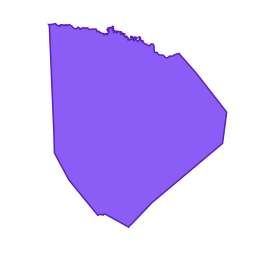 Lunga, Luapula, Zambia (Albers equal-area conic projection), rotated 100°
{"feature_id": "96606910B4218134786212", "entity_name": "Lunga", "entity_type": "district", "adm_level": 2, "iso_a3": "ZMB", "parent_name": "Zambia", "parent_adm1": "Luapula", "projection": "albers", "projection_center": [29.85, -11.571], "detail": "fine", "context": "isolated", "style": "filled", "palette": "violet", "viewbox_px": 256, "rotation_deg": 100, "n_neighbors": 0, "source": "geoboundaries", "source_scale": "gbopen_adm2", "svg_char_len": 5232}
<svg xmlns="http://www.w3.org/2000/svg" viewBox="0 0 256 256"><g transform="rotate(100 128 128)"><path d="M48.0,95.2L49.3,96.5L49.5,96.8L49.8,97.9L50.0,99.7L51.4,100.7L51.9,101.4L52.2,102.4L51.9,103.5L51.3,104.5L50.4,105.5L50.2,107.5L50.7,109.4L50.2,110.8L49.6,111.5L48.5,112.6L48.6,113.5L49.1,114.1L48.9,114.8L47.9,115.4L44.9,116.2L43.6,116.4L42.6,116.8L41.8,117.1L41.1,117.9L41.0,118.4L41.0,119.2L41.6,120.0L42.0,120.3L42.5,120.6L42.9,120.8L43.2,122.3L42.9,123.6L42.5,124.0L42.3,124.5L42.4,125.2L42.3,125.8L42.1,126.4L41.8,126.8L41.2,127.4L41.0,127.7L40.8,128.1L40.8,129.4L40.5,129.6L40.2,129.5L40.0,128.7L39.8,128.4L39.6,128.4L39.6,128.9L39.6,129.8L39.3,130.4L38.9,130.7L38.6,131.1L38.4,131.3L37.9,131.4L37.6,131.2L37.1,131.3L36.7,131.6L36.4,131.9L36.2,132.3L36.2,132.6L36.3,132.9L36.4,133.1L36.7,133.0L37.4,132.6L38.0,132.4L38.6,132.3L38.9,132.2L39.2,131.9L39.3,131.9L39.5,132.0L39.8,132.7L40.4,132.9L41.0,133.0L40.9,133.3L40.7,133.8L40.1,134.7L39.7,135.2L38.9,135.8L38.6,135.8L38.3,135.6L37.9,134.6L37.7,134.6L37.5,134.9L37.3,135.2L37.2,135.6L37.2,136.4L37.3,137.2L37.4,137.6L37.6,137.8L39.1,138.1L39.2,137.9L39.2,137.5L39.4,137.0L39.6,136.8L40.1,136.8L40.5,136.9L40.8,137.2L40.9,137.5L40.6,137.8L40.0,138.2L39.0,138.5L37.7,139.2L37.5,139.5L37.2,140.1L37.2,140.5L37.2,140.8L37.4,141.0L38.0,141.3L38.5,141.2L38.9,139.8L39.1,139.5L39.3,139.5L39.7,139.9L40.4,140.8L41.0,141.2L41.0,141.5L40.4,142.0L40.4,142.3L40.5,142.5L41.0,142.7L41.3,143.0L41.2,143.4L40.9,143.5L40.2,143.4L39.6,143.4L38.9,144.0L37.8,145.5L37.7,145.8L37.8,146.0L38.2,146.0L38.7,145.9L39.0,145.7L39.3,145.7L39.4,146.0L38.2,147.2L38.1,147.4L38.0,148.0L37.8,148.2L37.1,148.1L36.6,147.8L36.2,147.6L35.9,147.5L35.9,148.0L36.3,148.7L36.5,149.1L36.5,149.3L36.4,149.5L36.1,149.5L35.8,149.5L35.6,149.5L35.7,149.9L36.6,149.9L36.9,150.0L37.0,150.3L36.9,150.9L36.9,151.2L36.7,151.4L36.4,151.5L36.2,151.8L35.7,152.2L35.4,152.0L35.4,151.4L35.3,151.0L35.0,150.9L34.8,151.1L34.6,151.3L34.5,151.6L34.5,151.9L34.5,153.3L34.7,154.6L34.6,155.1L34.7,155.3L35.3,155.4L36.0,155.3L36.3,155.5L36.2,155.7L35.9,156.0L35.5,156.0L34.8,156.2L35.1,156.6L35.5,157.0L35.3,157.4L35.0,157.5L34.9,157.6L35.1,157.7L35.1,157.8L35.6,158.0L36.3,158.4L36.4,158.6L36.3,158.9L36.0,159.0L35.2,159.1L34.9,159.3L34.7,159.3L34.5,159.1L34.5,158.9L34.3,158.7L34.1,159.0L33.9,159.4L33.9,160.1L33.5,160.0L33.0,159.5L32.8,159.4L32.5,159.5L32.2,160.1L32.2,160.4L32.4,160.6L32.7,160.7L32.8,160.8L32.6,161.1L32.2,160.9L31.9,160.6L31.1,160.1L30.8,160.0L30.5,160.4L30.5,160.8L30.9,161.0L31.4,161.1L31.8,161.5L32.0,162.7L32.1,163.1L32.3,163.7L32.5,163.8L32.6,163.7L32.9,163.4L33.2,163.4L33.3,163.9L33.3,164.4L33.3,164.6L33.2,164.7L32.9,164.8L33.0,165.1L33.9,165.2L34.1,165.4L34.3,165.5L34.5,165.7L35.0,165.1L35.1,164.4L35.3,164.2L35.5,164.3L35.5,165.2L35.9,165.1L36.0,164.9L36.1,164.3L36.6,163.8L36.6,163.5L36.7,163.4L37.1,163.6L37.2,163.8L37.5,163.9L38.1,164.0L38.4,164.1L38.6,165.0L38.8,165.1L39.0,165.2L39.2,164.5L39.4,164.5L39.5,164.5L39.5,165.5L39.5,166.3L39.4,166.4L39.1,166.1L38.9,166.1L38.9,166.4L39.3,166.6L39.8,166.5L39.8,167.2L39.9,167.4L40.3,167.6L40.4,167.8L40.1,167.9L39.7,168.0L39.4,168.2L39.1,168.4L39.1,168.5L39.3,168.9L39.3,169.4L39.5,169.6L39.5,169.8L39.4,170.3L38.9,171.0L38.8,171.5L39.1,172.0L39.0,172.4L38.8,172.6L38.4,172.6L38.2,172.7L38.2,173.1L38.5,173.5L38.3,173.7L37.9,173.8L37.9,174.0L38.1,174.1L38.3,174.1L38.3,174.3L38.1,174.7L38.3,175.1L38.0,175.3L37.5,175.6L36.8,176.2L36.6,176.3L36.4,176.3L36.1,176.7L36.1,176.8L36.2,177.5L36.5,178.1L36.6,178.7L36.5,178.9L36.5,179.1L36.8,179.5L36.7,179.9L37.2,181.2L37.2,181.4L37.5,182.1L37.6,182.6L37.8,182.9L37.5,183.5L37.4,183.7L37.1,183.9L37.1,184.0L37.1,184.5L36.6,184.7L36.5,185.0L36.5,185.5L36.5,185.8L36.8,186.4L37.0,186.8L36.9,187.4L36.8,187.7L36.8,187.8L37.1,188.1L37.3,188.4L37.3,188.6L37.2,188.9L37.1,189.2L37.2,190.0L37.6,190.5L37.9,191.1L38.2,191.2L38.4,191.5L38.6,192.1L38.8,192.2L39.0,192.2L39.1,192.4L39.0,192.5L38.8,192.5L38.7,192.5L38.3,192.8L37.9,193.3L37.6,194.0L37.4,194.5L37.5,194.8L37.7,195.1L37.8,195.2L37.9,195.3L38.5,195.4L38.6,195.6L39.2,196.1L39.3,196.4L39.2,196.8L39.4,197.2L39.4,197.8L39.1,198.5L38.5,199.6L37.8,200.5L37.3,201.2L36.6,203.0L36.5,203.4L36.6,204.4L36.9,204.8L37.2,204.8L37.3,204.9L37.3,205.1L37.5,205.3L37.4,205.5L37.6,205.8L37.6,206.1L37.4,206.1L37.1,206.3L37.1,206.5L37.2,207.0L37.3,207.0L37.6,206.8L37.7,207.1L37.7,207.3L37.4,207.4L37.4,207.7L37.5,207.8L37.5,208.1L37.6,208.4L38.0,208.7L38.2,208.8L38.1,209.2L37.9,209.3L37.9,209.8L37.8,210.1L37.8,210.5L37.7,210.7L37.9,211.0L38.0,211.3L37.9,211.7L38.0,211.9L38.2,212.4L39.0,212.4L39.2,212.5L39.3,212.8L39.1,213.0L39.6,213.2L39.6,213.3L39.6,213.5L39.2,213.8L39.2,214.1L39.4,214.5L39.1,215.5L37.8,217.6L39.2,221.0L39.8,223.8L39.9,223.6L40.0,223.1L40.3,223.4L40.3,223.5L40.5,223.6L40.6,223.4L40.4,223.2L40.5,223.0L40.8,223.2L41.1,223.2L146.3,200.0L165.4,196.1L189.6,177.0L219.2,142.6L218.9,142.0L218.8,141.8L218.3,141.6L218.3,141.3L218.0,140.9L218.0,140.0L217.9,139.3L217.9,138.6L218.0,137.9L218.1,137.4L217.8,137.1L217.4,136.8L216.9,136.6L216.6,136.0L225.5,110.0L225.1,110.0L224.0,109.6L223.9,109.6L222.4,108.1L197.4,91.5L126.7,32.2L95.3,33.6L61.7,70.8L46.0,90.5L45.8,90.5L46.8,93.2L48.0,95.2Z" fill="#8b5cf6" stroke="#5b21b6" stroke-width="1.5"/></g></svg>